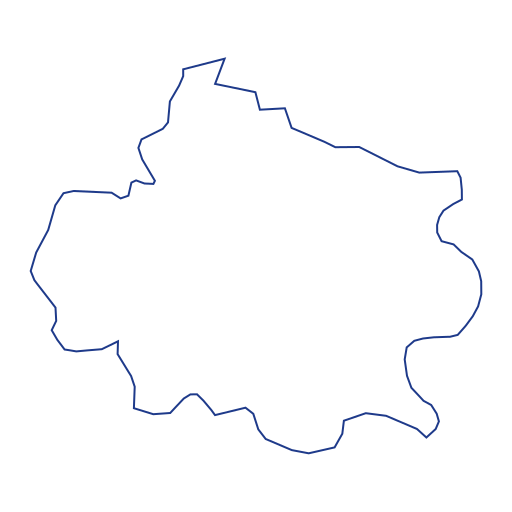 the district of Spitak, Lori, Armenia
{"feature_id": "60910142B40000384571079", "entity_name": "Spitak", "entity_type": "district", "adm_level": 2, "iso_a3": "ARM", "parent_name": "Armenia", "parent_adm1": "Lori", "projection": "albers", "projection_center": [44.201, 40.853], "detail": "fine", "context": "isolated", "style": "outline", "palette": "blue", "viewbox_px": 512, "rotation_deg": 0, "n_neighbors": 0, "source": "geoboundaries", "source_scale": "gbopen_adm2", "svg_char_len": 1496}
<svg xmlns="http://www.w3.org/2000/svg" viewBox="0 0 512 512"><path d="M457.3,171.2L419.3,172.6L397.5,166.3L359.2,147.0L335.3,147.2L324.4,141.8L291.6,127.9L284.9,108.3L259.9,109.7L255.4,92.2L215.1,83.9L224.6,58.7L183.2,69.3L183.2,76.1L182.1,78.7L179.1,85.6L169.9,101.4L168.0,122.4L162.8,128.8L141.5,139.4L138.4,147.9L142.2,159.4L154.9,180.8L153.4,183.9L144.5,183.5L136.1,180.4L131.4,182.6L128.4,195.7L120.6,198.4L111.6,192.7L73.6,191.0L63.5,193.2L55.3,205.3L48.2,230.0L36.2,252.5L30.7,271.0L34.4,280.2L37.5,284.3L55.5,307.6L56.2,320.9L51.7,330.2L57.3,339.8L64.6,349.5L70.4,350.4L76.3,351.4L87.2,350.4L101.8,349.2L118.0,341.3L117.6,354.1L128.6,372.0L131.1,376.0L134.7,386.7L133.9,408.2L153.3,414.2L170.2,413.0L175.7,407.1L183.8,398.5L190.4,394.4L197.0,394.3L203.4,400.6L211.3,410.0L215.0,415.1L245.5,407.7L253.3,413.8L258.3,429.4L265.7,439.0L291.8,450.1L292.8,450.3L308.7,453.3L334.6,447.4L342.1,434.1L342.3,433.8L343.9,420.7L365.8,413.2L386.1,415.8L417.0,429.0L426.4,437.5L435.7,429.0L438.9,421.4L436.7,413.7L431.2,405.0L423.5,400.8L422.8,400.0L419.4,396.3L411.4,387.8L407.0,375.8L406.3,370.9L404.7,359.4L406.7,347.4L414.3,340.8L423.0,338.5L433.8,337.3L448.2,336.8L449.9,336.8L457.7,334.9L465.1,326.5L466.3,325.0L472.8,316.2L478.1,306.4L481.3,294.3L481.2,281.2L478.9,271.4L472.3,259.5L461.3,251.9L453.6,244.4L441.6,241.2L437.2,232.5L437.1,224.9L439.3,217.2L443.5,210.6L450.2,206.1L453.3,204.0L461.9,199.5L461.8,189.7L460.6,177.7L457.3,171.2Z" fill="none" stroke="#1e3a8a" stroke-width="2"/></svg>